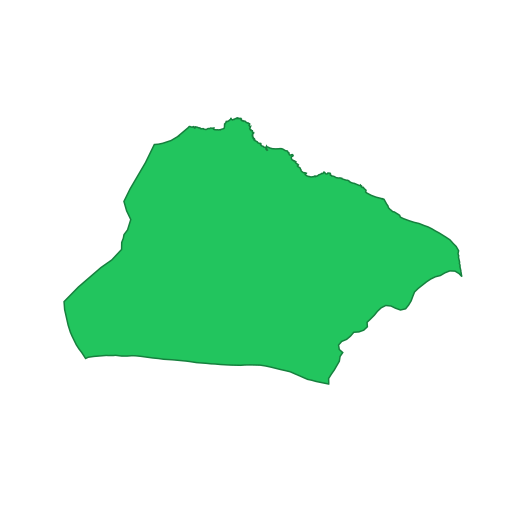 Brum Mayf'ah, Hadramawt, Yemen (Natural Earth projection), rotated 257°
{"feature_id": "15242507B1280575170074", "entity_name": "Brum Mayf'ah", "entity_type": "district", "adm_level": 2, "iso_a3": "YEM", "parent_name": "Yemen", "parent_adm1": "Hadramawt", "projection": "natural_earth1", "projection_center": [48.863, 14.347], "detail": "fine", "context": "isolated", "style": "filled", "palette": "green", "viewbox_px": 512, "rotation_deg": 257, "n_neighbors": 0, "source": "geoboundaries", "source_scale": "gbopen_adm2", "svg_char_len": 6071}
<svg xmlns="http://www.w3.org/2000/svg" viewBox="0 0 512 512"><g transform="rotate(257 256 256)"><path d="M114.9,298.0L115.4,298.2L120.3,299.2L123.8,302.7L127.4,306.7L134.7,313.5L139.2,315.3L142.4,318.8L146.2,316.1L150.7,316.4L153.5,320.3L154.4,325.6L156.8,330.2L159.7,334.1L158.9,339.2L159.5,344.3L162.0,348.6L166.4,349.3L168.9,353.5L171.8,358.1L174.8,361.9L177.4,366.4L178.6,371.3L176.9,376.3L173.8,380.1L170.9,384.6L170.9,389.9L173.9,393.7L177.4,397.1L181.4,399.7L185.3,402.4L187.9,406.7L192.4,416.2L194.2,420.9L195.4,426.1L195.5,431.3L197.1,436.3L197.9,441.5L196.5,446.5L193.2,449.9L189.6,452.0L190.8,451.9L192.5,452.0L193.3,452.1L195.1,452.1L195.6,452.3L199.9,452.3L200.2,452.6L201.7,452.7L202.1,452.6L203.1,452.5L204.1,453.0L209.1,453.0L210.8,453.6L211.5,453.4L212.9,453.4L215.5,454.6L220.2,453.2L223.9,450.9L228.1,448.6L231.6,445.3L237.3,439.6L239.9,436.6L242.9,433.5L245.7,430.1L247.7,426.9L251.0,422.2L253.2,417.7L256.0,413.0L259.3,408.0L261.4,405.4L263.4,405.1L267.8,400.7L268.5,399.1L270.0,398.2L270.9,397.3L273.3,395.9L275.2,395.8L277.1,395.0L282.4,393.5L282.6,392.8L282.8,392.6L283.2,392.6L283.4,392.3L283.2,391.8L283.4,391.4L283.7,391.3L286.4,386.1L289.2,381.9L292.4,378.2L293.7,377.2L295.3,378.0L298.5,375.8L298.7,376.0L298.9,375.8L299.0,374.9L299.8,374.2L300.3,374.1L300.5,374.5L300.8,374.3L301.1,373.9L301.7,373.7L301.3,373.1L301.7,372.0L302.0,371.8L304.8,367.9L305.2,366.6L305.8,365.9L306.6,364.5L307.0,364.4L307.5,363.7L308.1,363.6L308.5,363.0L308.9,362.7L309.2,362.2L309.6,360.9L311.7,357.4L312.1,357.0L312.4,357.1L312.7,356.5L312.7,356.1L313.2,355.5L313.4,353.9L314.4,351.6L315.7,350.3L316.2,349.6L316.8,347.8L317.4,347.8L317.7,347.5L317.9,346.7L319.1,346.7L319.4,347.0L320.0,346.8L320.7,344.7L320.3,344.4L320.0,343.7L320.1,342.9L320.5,342.4L322.1,341.6L322.5,341.1L321.3,339.7L321.7,338.5L321.1,337.3L321.0,335.5L320.3,334.1L320.0,332.0L320.5,332.0L320.7,331.2L320.6,330.7L320.2,330.4L320.4,329.7L320.6,327.5L321.4,325.7L321.7,325.5L321.7,324.9L322.8,323.4L324.3,322.2L324.8,322.3L325.4,322.7L325.1,323.5L325.3,323.7L325.8,323.0L326.2,322.2L326.5,320.9L327.3,320.3L327.9,319.7L329.0,319.1L330.1,319.2L330.6,318.9L331.6,318.8L332.0,318.7L332.8,317.9L333.7,316.9L334.3,316.6L334.6,316.7L334.8,317.3L335.2,317.8L336.1,317.2L336.8,316.4L337.5,315.9L338.2,315.5L338.8,316.0L339.1,315.4L340.0,315.1L340.1,314.3L340.3,314.0L340.8,313.9L341.2,313.1L342.3,312.5L344.0,312.5L344.3,312.7L344.7,312.8L345.0,313.4L344.9,313.9L345.1,314.4L345.4,314.7L345.7,314.5L346.2,314.6L346.7,314.1L346.7,313.6L346.6,312.0L346.8,311.6L347.4,311.2L348.3,311.2L348.8,311.0L349.0,310.9L349.1,311.2L349.4,311.0L349.5,310.7L349.9,310.5L350.6,310.4L351.2,310.2L351.5,309.7L351.6,309.3L352.3,308.0L353.7,306.7L354.8,305.2L354.7,305.0L354.9,304.4L355.2,303.9L355.4,302.1L356.0,299.0L357.1,295.5L357.6,294.9L358.1,293.7L358.8,293.0L359.6,291.8L359.8,291.3L360.6,291.0L359.5,290.5L358.9,290.4L357.8,290.5L356.6,290.9L356.5,290.5L357.3,290.0L357.9,289.8L359.0,289.8L359.7,289.9L360.0,289.0L360.4,288.0L361.4,287.5L361.7,286.7L362.5,285.9L363.0,285.9L363.4,285.6L363.7,285.9L364.5,286.0L364.9,285.3L364.8,285.0L365.0,284.5L365.7,283.6L366.2,283.0L366.9,283.0L368.8,280.8L369.2,280.6L369.5,280.8L369.7,280.2L370.2,280.4L370.4,280.3L370.5,280.4L371.0,280.0L371.1,280.3L371.3,280.0L371.3,279.8L371.5,279.8L371.6,280.0L372.3,280.0L372.7,279.8L372.8,279.5L373.6,279.8L373.8,279.4L374.1,279.4L374.6,279.9L374.9,280.1L375.4,279.9L375.7,280.4L375.9,280.3L376.0,280.4L376.0,280.7L376.3,281.0L376.3,281.3L376.6,281.4L376.6,280.9L376.8,280.4L377.5,280.3L378.2,280.7L378.9,280.6L379.0,280.3L379.0,280.1L379.3,279.5L379.5,279.7L379.8,279.6L379.6,279.3L379.7,279.2L380.4,278.8L380.7,278.9L380.8,278.7L381.3,278.5L381.7,278.5L382.6,279.4L383.0,279.3L383.4,279.7L383.4,279.1L383.6,278.9L384.7,279.0L384.9,278.7L386.0,279.6L386.4,279.4L386.8,278.6L387.5,278.2L387.4,277.7L388.0,277.1L388.2,276.7L388.5,276.6L388.9,276.2L389.9,275.6L390.1,274.8L389.9,274.4L390.2,274.0L390.5,274.0L390.6,273.5L390.9,273.5L391.1,272.6L391.8,272.4L392.3,272.5L392.3,272.1L393.2,272.3L393.2,272.0L393.8,271.5L393.8,271.2L393.7,271.0L393.6,270.9L393.6,270.3L394.0,270.1L394.2,269.9L394.2,269.5L394.6,269.4L394.7,269.0L394.9,268.7L394.8,268.4L394.2,268.3L394.5,267.4L394.5,266.5L394.0,265.7L393.9,265.4L394.2,265.0L394.0,264.2L393.8,263.9L394.0,263.5L394.7,262.8L395.1,262.6L395.3,262.7L395.7,262.6L395.7,262.4L394.9,262.1L394.6,261.5L394.6,261.2L394.1,260.5L394.1,260.2L393.6,259.5L393.6,259.0L393.7,258.9L393.5,258.2L393.5,257.6L393.8,257.5L393.8,257.2L392.9,256.9L391.6,255.0L391.2,255.0L390.9,255.1L390.5,254.7L389.2,254.5L389.0,254.3L387.6,253.7L387.5,253.4L387.3,252.5L387.2,250.2L386.9,249.8L387.1,249.5L387.3,247.7L387.7,246.7L387.9,245.5L388.4,244.1L389.0,243.2L389.3,243.1L389.5,243.2L389.9,243.7L390.2,243.8L390.2,243.7L390.4,241.6L390.8,241.0L390.9,240.4L390.6,239.5L391.0,238.0L390.5,236.2L390.5,235.6L391.2,234.0L391.4,233.7L391.8,233.5L391.7,233.2L391.9,233.1L392.3,231.9L392.2,231.2L392.8,230.4L393.1,230.1L393.5,230.1L393.5,229.8L393.9,228.7L394.5,228.1L395.4,226.2L394.7,225.8L394.7,225.6L394.4,225.1L394.5,224.8L394.8,224.7L395.5,225.1L395.8,224.2L396.1,224.2L396.1,223.8L395.8,223.7L395.8,223.3L395.9,222.7L396.1,222.5L396.2,222.0L396.5,221.4L397.1,220.7L397.1,219.9L396.4,219.0L390.3,207.1L390.2,207.3L387.6,199.2L387.2,194.7L386.8,190.5L386.9,186.0L387.5,182.0L371.8,169.3L349.8,148.5L338.9,139.6L329.1,140.1L319.7,142.2L310.3,136.7L306.5,132.2L303.1,130.7L299.4,128.2L292.6,126.5L284.6,114.6L279.6,102.3L265.8,76.1L254.7,58.7L246.9,57.5L230.9,57.4L223.4,58.0L219.1,58.8L210.0,60.9L205.3,62.6L201.1,64.5L194.5,66.9L195.1,69.8L194.6,75.5L192.8,87.9L192.3,89.5L191.1,94.8L190.9,96.7L188.8,102.4L187.5,107.8L186.8,112.6L185.9,116.1L184.2,121.1L179.9,132.4L178.1,137.8L176.2,142.7L173.6,151.5L169.3,164.4L167.8,168.4L165.5,174.1L162.6,183.5L161.1,187.8L160.0,191.8L158.2,197.2L155.4,206.9L153.0,216.3L152.3,220.8L151.0,226.7L148.7,235.6L146.7,240.6L144.4,245.5L140.0,254.1L137.5,259.3L135.5,263.3L124.2,278.5L122.5,282.2L120.2,286.4L114.9,298.0Z" fill="#22c55e" stroke="#15803d" stroke-width="1.5"/></g></svg>